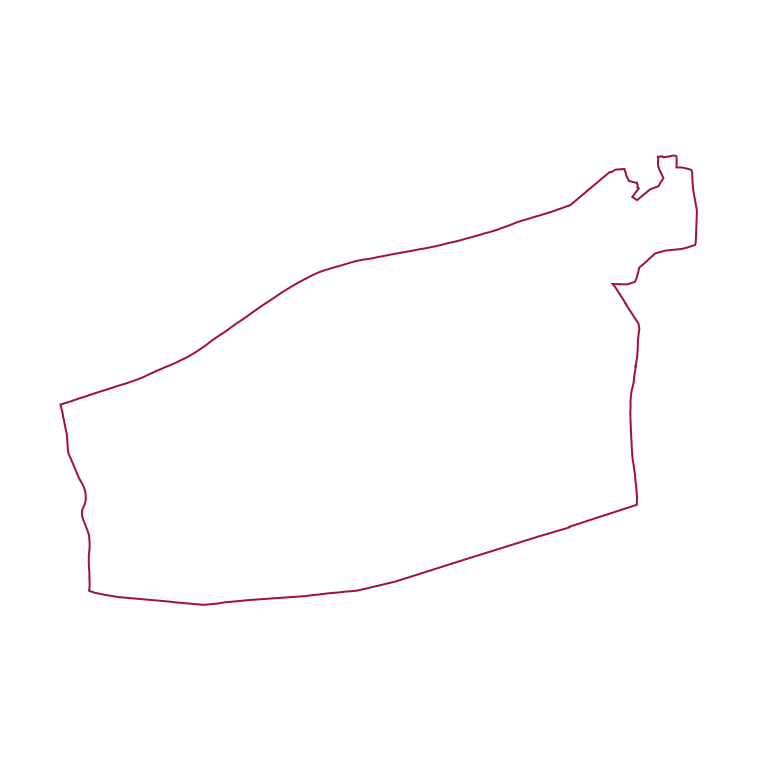 Rada', Al Bayda', Yemen (Natural Earth projection), rotated 86°
{"feature_id": "15242507B79074936513769", "entity_name": "Rada'", "entity_type": "district", "adm_level": 2, "iso_a3": "YEM", "parent_name": "Yemen", "parent_adm1": "Al Bayda'", "projection": "natural_earth1", "projection_center": [44.883, 14.33], "detail": "fine", "context": "isolated", "style": "outline", "palette": "rose", "viewbox_px": 768, "rotation_deg": 86, "n_neighbors": 0, "source": "geoboundaries", "source_scale": "gbopen_adm2", "svg_char_len": 4388}
<svg xmlns="http://www.w3.org/2000/svg" viewBox="0 0 768 768"><g transform="rotate(86 384 384)"><path d="M338.8,127.5L338.5,127.6L334.9,129.6L334.6,129.8L334.0,130.2L332.4,131.0L324.1,135.6L320.6,137.5L320.6,137.2L319.4,137.9L318.5,138.4L315.9,139.8L310.2,142.9L308.0,144.1L303.3,146.7L300.2,148.9L300.3,147.8L300.9,141.7L301.6,135.0L301.2,132.6L299.6,126.6L296.2,124.7L290.1,122.6L285.8,121.3L285.6,121.2L285.2,120.6L282.0,116.2L272.6,104.3L270.6,94.2L270.0,77.3L269.0,71.9L267.0,64.0L264.8,63.2L253.0,61.9L233.4,59.8L230.6,60.0L212.2,62.0L207.7,62.1L204.1,62.1L203.6,62.1L202.3,62.1L194.2,61.8L192.6,62.3L192.1,62.5L191.8,62.9L191.0,64.6L189.9,68.0L188.8,71.8L188.4,77.2L181.3,76.4L178.3,76.4L177.3,76.4L176.6,77.5L176.3,79.8L176.4,81.2L176.5,81.6L176.8,83.3L177.0,84.7L176.9,85.1L177.1,86.4L177.2,87.5L177.4,89.1L177.1,90.2L176.3,90.5L176.4,94.9L177.7,94.6L179.1,94.9L183.2,95.3L185.0,95.3L186.7,95.0L189.5,94.3L190.1,94.1L191.0,93.8L191.4,93.5L191.5,93.4L198.1,90.9L206.0,96.7L208.3,104.8L218.2,118.7L214.7,123.3L208.3,117.7L207.2,116.7L206.5,116.2L205.9,117.1L205.5,117.6L204.9,117.6L204.1,117.1L203.9,117.1L203.4,117.1L202.7,117.1L202.4,117.3L202.0,117.6L201.2,117.7L200.9,117.6L200.7,117.8L200.7,119.1L200.6,119.7L199.9,121.2L199.3,123.2L199.0,123.8L198.8,124.6L198.7,125.4L193.9,127.4L193.0,127.6L186.3,129.1L186.3,138.1L188.5,142.5L188.4,143.0L188.3,144.1L218.5,185.6L223.9,204.9L231.7,239.4L233.3,244.1L234.0,246.5L235.1,249.9L236.4,255.0L238.2,260.9L238.8,263.7L239.5,266.5L239.8,267.6L240.8,273.5L242.1,278.8L242.3,280.1L243.3,284.6L244.5,291.1L244.6,291.7L245.7,296.7L246.8,302.3L247.8,309.5L248.2,311.8L248.8,314.9L248.9,315.6L250.0,321.6L250.8,327.8L251.6,333.7L252.1,339.5L253.0,346.7L253.8,354.2L254.7,362.2L255.2,366.8L255.4,368.6L256.3,375.6L257.0,381.5L258.0,388.8L258.5,396.2L259.3,402.7L260.8,410.2L262.3,416.4L263.6,422.6L265.1,429.6L266.6,436.1L268.2,441.7L270.5,447.9L273.3,454.3L276.2,461.0L279.4,467.5L282.4,473.5L285.4,479.2L288.6,484.8L291.3,489.3L294.4,494.9L297.3,500.0L297.9,501.0L300.8,505.9L303.6,510.6L306.4,515.0L310.3,521.5L313.8,527.7L316.7,532.4L320.2,537.9L323.2,543.2L326.1,548.4L328.8,552.9L332.6,558.5L335.9,564.0L338.6,568.7L341.1,573.6L343.8,579.2L346.1,584.9L348.4,590.5L350.2,595.8L352.0,601.2L353.9,606.5L355.6,611.5L355.9,612.1L358.0,617.8L360.3,623.4L362.3,629.7L363.8,635.3L365.4,641.0L366.6,646.6L368.3,653.6L370.1,660.4L371.8,667.9L373.7,675.5L375.6,682.6L376.8,687.9L378.4,693.7L378.8,695.2L379.9,699.2L381.9,708.2L385.1,707.7L388.0,707.1L391.3,706.6L394.4,706.4L397.5,705.8L401.3,705.4L405.2,704.9L408.1,704.5L412.1,703.9L412.8,703.9L415.2,703.9L418.9,703.9L422.1,703.9L425.6,703.9L429.0,703.9L432.1,703.4L435.1,702.2L438.3,701.1L441.4,700.0L445.7,698.5L448.4,697.6L451.2,696.7L454.2,695.7L457.2,694.5L460.5,693.0L463.3,691.6L466.5,690.5L470.1,689.6L473.1,689.3L476.0,689.4L479.0,689.7L482.4,690.6L485.9,692.5L488.8,693.9L491.9,694.4L494.9,694.4L498.1,693.6L501.5,692.5L504.6,691.6L507.8,690.5L511.6,689.5L514.7,688.8L518.3,688.8L521.5,688.7L524.7,688.9L527.8,689.3L530.9,689.8L534.2,690.4L537.5,690.6L541.0,690.9L544.3,691.1L548.6,691.1L551.8,691.0L555.0,691.3L558.1,691.5L561.4,691.5L564.4,691.7L567.5,692.2L568.8,692.5L569.7,692.6L571.9,687.7L573.4,682.3L574.9,677.1L576.5,670.2L577.9,664.6L586.0,613.9L587.2,607.7L591.7,579.5L591.7,578.9L591.6,572.3L591.4,564.8L590.7,558.6L590.6,553.1L590.5,547.7L590.3,540.6L590.1,534.5L590.1,528.5L590.1,523.0L590.1,516.2L590.1,509.8L590.1,502.5L590.1,497.1L590.1,489.8L590.1,483.0L590.1,477.0L589.6,470.7L589.5,464.9L589.1,457.9L588.8,450.3L588.8,444.1L588.4,437.8L588.4,430.5L588.2,424.8L581.9,386.6L564.7,315.5L546.7,239.6L540.0,209.1L539.7,209.2L539.4,209.2L538.4,205.4L535.1,192.0L532.8,183.1L532.7,182.6L524.5,149.7L522.1,140.2L519.7,140.0L517.7,139.8L514.4,139.5L512.1,139.5L508.0,139.5L503.1,139.6L502.0,139.7L501.1,139.8L498.3,140.0L492.8,139.9L486.9,140.4L481.5,140.7L476.4,141.2L471.9,141.3L470.6,141.3L464.7,141.3L459.6,141.1L455.1,141.1L454.8,141.1L449.9,141.0L443.9,140.8L439.1,140.7L434.0,140.5L433.4,140.5L428.8,140.2L423.9,139.6L419.1,139.4L414.2,138.7L409.4,137.8L404.7,136.4L403.5,136.0L399.9,134.9L395.1,134.1L389.5,132.9L384.5,131.7L383.9,131.5L383.9,132.0L383.7,131.9L379.2,130.7L374.1,129.5L368.5,128.7L363.4,128.1L357.7,127.5L352.8,126.7L347.2,125.5L346.6,125.5L345.7,125.5L343.9,125.7L341.6,125.9L338.8,127.5Z" fill="none" stroke="#9f1239" stroke-width="2"/></g></svg>